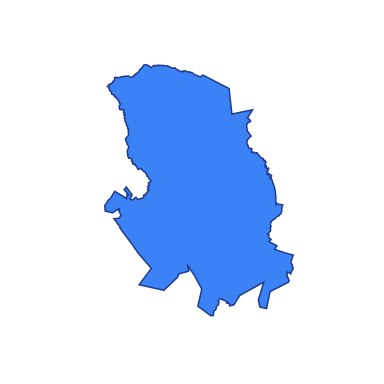 Tepehuanes, Durango, Mexico, rotated 54°
{"feature_id": "50627088B84859418801228", "entity_name": "Tepehuanes", "entity_type": "district", "adm_level": 2, "iso_a3": "MEX", "parent_name": "Mexico", "parent_adm1": "Durango", "projection": "mercator", "projection_center": [-106.004, 25.424], "detail": "fine", "context": "isolated", "style": "filled", "palette": "blue", "viewbox_px": 384, "rotation_deg": 54, "n_neighbors": 0, "source": "geoboundaries", "source_scale": "gbopen_adm2", "svg_char_len": 6020}
<svg xmlns="http://www.w3.org/2000/svg" viewBox="0 0 384 384"><g transform="rotate(54 192 192)"><path d="M62.1,159.2L62.3,160.5L62.1,161.5L62.9,163.3L63.7,165.9L63.2,167.5L63.7,168.5L63.3,169.7L63.5,170.2L64.3,170.7L63.8,171.4L63.8,172.7L63.1,174.2L62.4,174.7L60.6,175.3L60.4,176.2L59.9,176.7L59.8,177.5L58.7,178.2L58.3,179.0L58.4,180.5L57.1,181.4L56.8,183.3L56.2,183.9L55.6,185.3L54.2,186.4L53.9,187.2L56.4,189.4L56.2,190.2L55.9,190.7L56.7,191.3L56.8,191.8L56.6,193.6L56.4,194.2L57.0,194.5L57.2,195.3L56.1,196.4L57.3,197.6L57.2,198.4L58.3,197.6L58.8,197.7L59.6,198.6L60.5,198.3L61.2,198.7L62.2,198.9L62.9,198.8L63.3,198.5L63.8,198.4L65.3,199.4L65.8,199.3L66.7,198.6L67.1,198.7L68.5,197.9L69.0,198.5L69.9,198.5L70.5,197.7L71.8,198.1L73.3,197.6L74.2,198.0L75.3,197.6L77.3,198.5L78.2,198.2L79.1,198.3L79.3,199.0L79.3,199.7L79.5,200.2L80.7,201.1L81.8,201.3L82.5,202.0L83.5,201.1L83.7,200.6L84.4,200.5L84.6,200.1L84.5,199.1L85.1,198.8L85.7,198.8L86.0,199.1L86.2,199.7L87.2,200.1L87.7,200.9L88.3,200.3L89.7,200.2L90.0,200.5L89.6,201.2L89.6,201.9L90.3,201.6L90.7,201.6L92.4,203.3L92.9,203.1L93.9,203.5L95.4,204.6L95.8,204.7L96.6,204.3L97.4,204.8L98.6,205.1L99.9,205.9L101.8,206.0L102.9,206.7L103.5,206.4L104.0,207.1L105.4,207.4L106.0,208.4L107.9,209.2L108.8,210.2L109.8,214.5L112.2,215.6L113.7,215.8L115.4,216.5L116.5,216.3L117.7,216.5L118.6,217.0L120.6,220.0L121.4,220.8L123.4,221.6L125.1,222.8L127.1,223.2L128.0,223.1L128.4,221.7L129.5,221.4L130.8,221.7L131.2,222.7L131.9,222.8L132.9,222.2L133.7,223.1L134.5,223.5L134.8,223.3L134.8,223.1L135.5,222.1L136.1,221.6L136.7,222.3L137.4,222.4L137.9,221.7L138.9,221.6L139.7,222.0L141.5,222.5L142.2,222.1L142.5,221.2L142.3,220.4L143.8,219.1L144.8,219.5L145.6,219.0L147.5,218.9L148.4,218.4L150.4,218.4L152.9,219.1L153.3,218.7L154.0,218.7L156.6,219.0L157.9,218.5L158.9,218.6L158.9,219.1L159.4,219.6L159.3,220.3L158.9,220.7L159.2,222.1L159.9,222.5L160.4,222.2L161.3,222.4L161.1,223.1L161.7,224.8L162.6,224.5L163.5,224.9L163.6,225.7L163.8,225.9L163.6,226.4L163.8,226.6L165.4,226.1L165.5,227.2L165.8,227.5L165.7,228.3L166.1,229.1L166.2,230.5L166.8,231.1L167.2,231.2L167.0,231.8L166.1,232.4L166.2,233.1L168.1,234.5L166.1,240.4L163.3,240.4L163.3,245.0L161.4,246.3L159.0,242.1L149.4,242.2L150.2,245.5L157.0,245.1L156.0,246.2L158.8,248.9L157.7,249.1L146.0,254.1L149.7,263.0L149.2,264.0L151.8,270.6L156.4,273.4L162.3,268.4L162.3,261.0L163.7,261.0L163.9,262.2L169.0,263.1L170.4,266.4L167.7,270.9L179.0,270.8L179.0,271.5L199.1,271.2L210.1,271.5L229.9,269.8L236.0,289.3L255.0,272.5L252.5,253.7L250.5,250.8L254.0,241.6L253.9,240.9L247.9,238.6L260.7,239.1L276.1,241.1L279.5,244.8L287.8,254.4L303.1,249.5L304.6,247.2L303.1,246.4L302.2,245.2L301.2,243.6L301.2,242.6L300.9,241.5L299.1,239.6L298.8,238.9L298.9,237.5L298.7,236.9L298.0,236.2L296.9,234.8L295.8,234.8L295.3,234.5L294.7,232.6L295.5,231.6L296.2,231.3L296.3,230.9L296.5,230.6L297.4,230.4L298.8,229.7L299.4,228.9L300.8,228.9L301.5,228.1L301.9,228.1L302.4,229.0L302.7,228.2L303.1,227.9L303.2,228.2L303.8,227.5L304.4,227.8L304.7,227.6L305.4,227.7L305.9,228.4L306.4,228.5L306.6,227.3L307.4,226.1L307.4,224.9L308.0,224.6L303.8,214.2L307.1,186.9L318.5,201.9L323.2,204.0L325.1,204.6L330.1,200.2L318.5,187.4L321.6,167.2L321.2,166.5L320.8,165.4L319.1,165.2L318.3,164.7L317.6,165.0L316.8,164.7L316.3,164.3L315.8,164.4L314.9,163.5L313.9,163.3L313.3,162.7L312.7,162.6L312.6,162.3L313.1,161.7L315.2,160.6L316.3,160.3L315.6,159.4L315.1,159.1L315.1,158.3L314.3,157.5L314.3,156.5L313.6,155.6L312.9,155.6L312.9,155.1L312.5,154.6L311.8,154.4L310.9,154.5L309.6,153.5L307.3,153.8L302.5,147.2L296.7,151.9L287.2,158.7L285.4,154.9L277.5,158.9L277.0,156.1L276.9,155.9L276.3,155.9L275.7,156.6L274.8,156.8L273.1,155.8L272.7,155.8L271.6,154.8L270.4,155.6L269.7,151.6L269.4,151.1L268.3,150.3L267.3,150.2L266.6,148.5L265.0,148.1L263.5,146.7L263.3,146.2L262.4,145.7L262.2,143.5L262.4,142.2L262.3,139.9L261.8,138.0L262.0,136.6L262.4,135.5L261.7,134.2L261.9,133.6L261.8,132.6L261.1,132.2L260.3,130.6L257.8,128.7L257.2,128.4L256.8,127.2L256.1,126.7L255.8,126.2L251.9,129.9L250.5,130.1L251.0,131.1L244.6,126.7L238.0,123.0L228.2,119.9L227.7,120.3L227.5,120.8L227.0,120.9L226.8,120.7L226.7,119.9L226.1,120.1L225.8,120.0L226.1,118.9L226.0,118.5L225.7,118.2L225.5,118.5L224.4,118.1L224.0,118.2L223.2,119.2L222.1,119.0L221.8,119.3L221.8,119.5L222.3,120.0L223.1,119.6L223.3,119.9L222.2,120.8L221.3,120.6L220.0,119.9L219.7,119.1L220.0,118.5L219.1,118.2L218.3,117.2L218.5,116.5L218.3,116.2L217.7,116.0L217.4,116.1L217.4,116.5L217.7,117.0L217.0,117.4L216.7,118.0L216.5,117.7L216.0,117.7L215.1,116.8L214.6,116.6L214.6,117.2L214.4,117.5L214.7,117.7L214.3,118.0L213.9,117.7L213.5,116.8L212.4,116.6L212.1,115.7L211.6,115.5L211.3,115.1L211.4,114.6L211.0,114.5L210.5,114.6L210.5,115.0L210.1,115.1L210.0,114.5L209.3,114.4L208.4,115.4L207.4,115.2L206.8,114.7L206.3,114.9L205.6,115.7L204.0,116.1L201.7,116.2L201.0,116.6L200.1,116.4L199.7,116.6L199.2,116.2L198.4,116.3L198.1,116.7L198.2,117.1L198.0,117.6L196.5,118.2L195.9,119.0L195.5,119.3L195.6,119.7L195.1,120.3L193.9,119.8L193.2,119.9L193.1,119.6L193.2,119.4L192.7,118.5L192.2,118.1L191.4,118.5L190.4,119.9L190.0,120.1L188.7,120.0L187.5,119.3L185.5,119.3L184.5,118.7L183.1,117.4L182.3,116.1L181.4,112.3L181.5,111.3L175.2,111.3L173.9,110.7L170.9,109.1L169.9,108.3L169.5,107.6L168.9,106.0L169.3,103.1L168.2,102.8L167.6,102.8L164.7,103.6L161.1,94.7L152.4,113.9L130.1,101.2L103.7,114.5L103.8,117.6L98.9,120.7L96.0,121.7L95.6,121.7L95.2,122.4L93.8,122.8L93.2,124.0L92.1,124.8L91.2,125.9L90.3,126.0L89.6,126.7L89.5,127.0L89.8,128.0L89.0,128.1L88.9,129.0L88.3,129.3L87.8,130.5L87.0,130.9L85.9,131.1L85.3,131.8L84.2,132.0L83.7,132.4L81.3,132.8L80.8,134.5L80.4,135.0L79.5,135.4L78.9,136.1L78.3,136.1L76.2,137.4L75.5,137.5L75.4,138.5L72.8,140.7L72.3,141.5L70.4,143.8L70.3,144.5L69.3,145.0L68.9,146.5L68.7,146.5L68.5,146.8L68.6,147.4L67.3,148.2L67.5,148.8L67.1,150.4L67.3,151.4L66.9,152.6L66.6,152.9L66.0,152.5L65.1,152.5L64.3,152.8L61.9,154.5L61.5,155.2L61.0,156.4L61.3,157.6L62.1,159.2Z" fill="#3b82f6" stroke="#1e3a8a" stroke-width="1.5"/></g></svg>